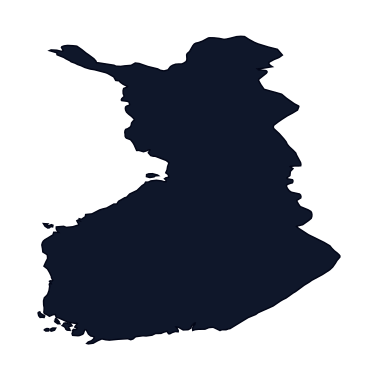 outline of Finland, rotated 4°
{"feature_id": "FIN", "entity_name": "Finland", "entity_type": "country or territory", "adm_level": 0, "iso_a3": "FIN", "parent_name": "Europe", "parent_adm1": "", "projection": "equal_earth", "projection_center": [24.864, 64.94], "detail": "fine", "context": "isolated", "style": "filled", "palette": "ink", "viewbox_px": 384, "rotation_deg": 4, "n_neighbors": 0, "source": "natural_earth", "source_scale": "50m", "svg_char_len": 5866}
<svg xmlns="http://www.w3.org/2000/svg" viewBox="0 0 384 384"><g transform="rotate(4 192 192)"><path d="M133.9,154.4L131.0,148.9L129.5,146.7L127.1,144.1L122.8,142.8L122.0,142.1L121.4,140.9L121.3,139.4L120.8,137.1L121.0,135.2L121.6,134.1L123.4,133.4L126.1,131.3L126.7,129.7L126.9,127.4L128.2,125.4L129.5,124.4L129.2,123.5L128.3,122.4L126.3,120.7L123.3,118.7L121.1,116.8L120.1,115.0L119.7,113.4L119.8,111.9L120.6,111.0L123.5,109.7L123.8,109.2L122.8,106.5L120.8,106.0L115.5,105.7L115.2,105.4L115.1,104.8L115.5,103.7L117.5,101.6L117.6,100.9L116.5,98.6L116.2,95.7L116.6,93.5L120.2,91.8L120.4,91.2L115.9,89.4L112.7,87.4L111.8,86.2L108.1,86.0L105.9,82.6L99.4,79.5L97.4,78.9L86.2,76.8L81.7,76.4L76.4,75.2L72.5,73.7L69.1,72.8L66.3,71.6L62.3,70.5L61.1,69.6L56.8,67.8L54.8,66.7L47.8,64.5L47.6,63.7L47.6,62.9L47.3,62.5L40.0,60.9L41.5,60.1L47.2,60.0L51.9,60.8L52.9,60.5L53.6,59.7L51.7,56.9L52.1,56.1L54.2,55.2L57.5,54.5L62.7,54.4L66.2,54.5L67.0,54.6L72.2,57.7L76.6,60.8L79.0,62.2L84.8,65.9L87.0,68.1L87.7,69.7L90.1,69.7L105.4,71.0L107.3,71.8L112.1,71.7L115.9,70.9L122.5,69.9L126.4,67.3L130.3,67.5L139.2,69.9L149.2,71.6L151.9,72.8L155.6,73.2L159.5,71.9L161.8,68.4L163.9,66.9L166.7,65.7L170.1,65.2L172.6,65.1L174.5,64.2L177.2,62.2L177.7,59.9L177.1,55.6L177.6,54.2L179.8,52.0L182.7,46.0L184.0,44.2L185.6,43.2L187.8,42.6L191.9,40.8L197.6,37.2L199.1,36.9L203.3,36.7L208.4,36.9L213.0,37.5L213.5,37.5L215.6,37.1L219.3,36.0L225.7,33.9L229.9,33.3L233.6,33.3L237.9,35.7L243.8,38.4L247.7,39.7L258.1,42.1L267.2,43.7L272.6,49.1L270.1,51.2L268.9,52.0L264.6,54.1L259.9,57.1L259.6,58.7L261.3,60.3L263.3,61.4L252.7,63.9L248.6,64.6L249.7,65.5L256.5,65.7L257.6,65.9L258.3,66.4L258.5,67.1L257.9,68.3L250.8,74.8L250.6,76.1L253.1,80.0L256.7,84.5L274.6,88.2L279.7,91.9L288.0,96.9L292.4,98.8L292.6,99.4L291.5,102.9L286.5,106.4L281.8,109.3L277.0,112.9L273.1,116.0L269.0,119.6L268.6,120.8L268.6,122.0L269.3,123.2L275.0,127.8L279.9,132.6L282.3,135.3L283.7,137.8L286.0,140.2L289.8,143.2L292.7,145.8L293.7,147.9L298.2,155.0L298.7,156.8L298.6,158.2L296.8,158.5L292.7,158.8L288.4,159.6L288.1,159.9L291.1,161.7L288.7,164.6L288.5,168.8L285.9,171.0L285.7,171.5L285.8,171.9L286.3,172.2L291.4,172.8L291.8,173.4L291.9,174.7L291.5,175.8L289.0,176.7L286.4,177.9L285.8,179.1L286.0,180.2L287.0,181.9L288.9,184.0L291.2,185.3L299.4,186.5L300.5,187.5L301.0,188.9L300.9,190.3L297.2,193.0L297.3,194.0L299.0,196.6L301.0,199.0L309.1,201.7L311.9,203.1L312.7,204.3L313.2,206.2L313.2,208.2L312.7,210.0L310.3,212.3L304.7,216.9L299.0,218.7L298.6,219.1L300.5,220.6L311.1,226.5L327.3,233.1L333.3,236.1L335.3,238.3L338.0,240.7L341.0,242.7L343.1,244.4L344.0,245.5L344.0,246.7L341.4,250.2L340.0,253.0L337.5,257.1L334.8,260.0L327.9,265.2L317.6,271.7L315.2,273.7L310.4,277.1L302.2,284.1L300.0,285.6L293.2,291.2L290.1,293.0L287.6,294.7L280.9,300.0L266.3,307.8L264.1,309.7L256.8,313.3L239.3,325.7L238.3,325.8L235.6,327.0L231.4,327.3L229.6,328.2L223.1,325.6L222.0,325.5L218.2,326.1L214.6,327.9L207.9,328.5L204.6,329.1L202.4,330.0L202.0,327.9L202.9,325.4L204.3,323.7L204.4,322.5L203.4,322.7L201.2,325.2L200.1,328.1L197.8,329.6L192.8,330.2L187.8,327.8L185.5,327.8L187.0,329.5L188.0,331.4L187.9,332.4L185.2,332.3L182.3,333.4L179.7,335.0L178.5,335.0L176.7,332.7L173.6,333.8L170.9,335.2L165.4,335.7L162.1,337.6L156.3,338.8L153.1,338.8L145.8,340.3L143.4,342.7L141.2,343.6L138.2,342.8L128.9,344.0L119.9,345.5L116.1,345.4L112.3,344.8L108.3,346.9L104.0,349.7L99.2,350.7L97.6,350.4L98.9,348.9L102.1,347.4L104.2,345.3L104.6,343.6L103.1,342.9L101.1,342.7L98.6,340.9L96.2,337.0L94.9,336.8L94.3,337.8L93.5,340.8L92.7,341.6L89.8,343.0L88.3,343.3L82.9,343.3L82.3,341.8L82.3,341.2L83.3,339.2L82.4,338.8L83.3,337.3L84.5,337.4L86.0,337.2L86.8,336.4L86.8,335.4L84.7,335.2L84.6,334.5L86.5,331.8L86.8,331.1L86.0,330.9L84.9,331.2L77.2,330.4L67.8,326.9L65.5,326.8L64.1,323.7L61.8,324.1L58.4,325.9L56.0,324.5L53.3,323.6L52.6,322.2L52.7,320.2L52.6,317.7L51.9,314.9L51.5,310.9L52.1,307.8L54.3,305.4L55.2,304.0L56.3,300.2L56.6,295.8L56.1,294.3L56.3,293.3L58.0,293.3L57.6,292.5L56.9,292.0L56.1,291.0L56.8,290.5L58.8,290.5L59.2,289.7L57.8,287.1L57.6,285.9L55.6,282.3L53.2,278.8L49.5,276.3L51.0,272.2L52.6,268.5L52.4,266.7L51.9,264.6L47.4,262.2L46.8,258.9L45.9,255.3L46.3,253.1L47.1,251.4L48.7,249.8L56.3,244.5L56.9,241.8L61.9,241.6L59.6,239.2L59.1,237.8L59.1,236.3L66.4,235.2L69.1,236.1L75.5,235.0L81.2,232.8L81.1,231.7L80.3,230.6L79.1,228.7L80.0,228.1L82.0,228.5L81.1,227.6L81.3,226.5L83.6,227.0L87.3,224.1L87.5,221.9L93.8,220.8L101.2,216.3L104.6,215.0L107.9,214.0L114.9,209.5L117.8,209.3L119.4,206.4L125.3,202.4L127.1,201.9L129.9,198.4L137.1,194.3L141.7,189.2L144.2,187.3L145.0,185.4L147.7,185.2L150.3,183.8L155.7,182.8L161.1,183.1L163.3,183.7L165.4,183.5L165.2,181.8L163.7,180.7L164.9,179.7L167.7,178.9L167.4,177.2L166.8,176.1L164.5,174.7L165.6,171.6L165.9,168.3L167.0,164.4L164.0,162.3L152.8,158.9L150.8,159.0L148.3,158.5L145.7,155.9L146.9,153.6L147.0,152.8L146.0,152.8L144.3,153.9L140.8,155.2L136.2,154.2L133.9,154.4ZM74.8,331.4L78.4,332.2L80.0,331.9L81.7,333.8L78.7,334.9L78.5,336.4L79.6,337.2L80.0,338.5L77.0,338.5L75.6,337.5L75.0,336.1L73.7,335.1L71.8,334.3L72.7,333.4L73.3,331.9L74.8,331.4ZM153.1,179.5L148.9,180.5L145.5,179.8L145.5,177.8L147.6,176.9L151.3,176.5L156.5,177.5L157.3,178.0L154.3,178.4L153.1,179.5ZM49.8,235.1L50.1,235.7L51.7,235.5L54.0,234.4L55.6,234.9L55.4,236.5L54.3,236.4L54.0,236.2L52.6,237.1L52.3,237.6L50.7,238.0L47.8,236.4L46.0,233.9L50.4,233.9L49.9,234.5L49.8,235.1ZM53.7,325.9L53.2,327.5L51.3,327.4L49.2,327.7L47.7,326.1L46.9,323.4L47.2,322.8L48.5,322.2L49.4,323.7L53.7,325.9ZM69.4,332.6L67.3,332.8L64.3,331.0L64.0,330.4L65.1,330.0L64.4,328.6L64.7,328.0L67.0,329.1L68.2,330.4L66.9,330.6L69.0,332.0L69.4,332.6ZM64.5,339.4L61.6,340.6L60.5,340.3L60.8,338.3L62.6,337.4L65.5,337.3L64.5,339.4ZM58.5,340.6L55.9,340.9L54.3,339.9L55.0,339.1L56.8,338.3L58.7,338.4L59.1,339.4L58.5,340.6Z" fill="#0f172a" stroke="#020617" stroke-width="1.5"/></g></svg>